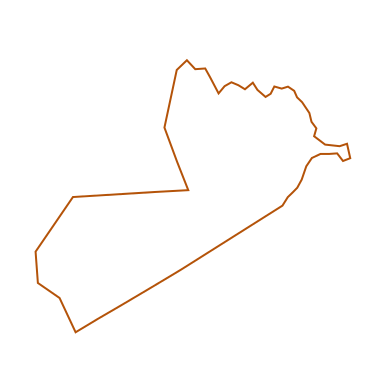 outline of São João do Polêsine, Rio Grande do Sul, Brazil, rotated 356°
{"feature_id": "56859067B22458483222443", "entity_name": "São João do Polêsine", "entity_type": "district", "adm_level": 2, "iso_a3": "BRA", "parent_name": "Brazil", "parent_adm1": "Rio Grande do Sul", "projection": "natural_earth1", "projection_center": [-53.44, -29.641], "detail": "fine", "context": "isolated", "style": "outline", "palette": "amber", "viewbox_px": 384, "rotation_deg": 356, "n_neighbors": 0, "source": "geoboundaries", "source_scale": "gbopen_adm2", "svg_char_len": 779}
<svg xmlns="http://www.w3.org/2000/svg" viewBox="0 0 384 384"><g transform="rotate(356 192 192)"><path d="M314.6,121.4L308.1,110.1L303.4,104.9L301.0,98.2L295.1,93.6L288.7,95.1L281.5,92.5L277.3,99.5L272.0,102.3L264.4,94.7L260.3,87.2L252.0,93.2L245.7,88.7L239.0,85.3L231.9,88.7L225.4,95.5L218.1,78.9L213.8,69.7L203.8,69.7L196.1,60.2L185.3,69.2L169.0,125.8L179.2,160.7L188.4,189.9L154.6,189.4L72.9,188.7L31.8,240.6L31.9,272.0L52.5,288.5L66.1,323.8L89.0,312.1L114.2,299.7L145.3,284.1L175.8,268.6L281.3,211.9L287.2,203.8L292.7,199.2L297.3,195.1L302.3,187.3L307.8,174.3L314.0,166.4L322.8,163.0L331.1,163.6L339.5,163.6L344.8,171.6L352.2,169.3L350.0,154.7L342.5,156.6L328.1,154.0L317.7,144.9L320.5,137.2L316.1,130.3L314.6,121.4Z" fill="none" stroke="#b45309" stroke-width="2"/></g></svg>